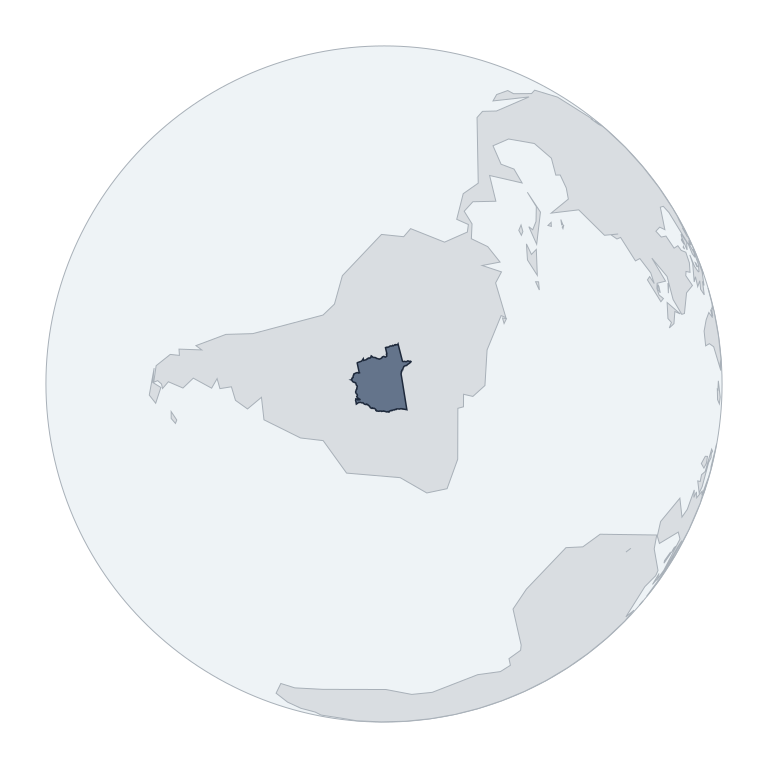 globe centered on Mato Grosso, rotated 77°
{"feature_id": "BRA-602", "entity_name": "Mato Grosso", "entity_type": "State", "adm_level": 1, "iso_a3": "BRA", "parent_name": "Brazil", "parent_adm1": "", "projection": "orthographic", "projection_center": [-55.436, -12.685], "detail": "fine", "context": "on_globe", "style": "filled", "palette": "slate", "viewbox_px": 768, "rotation_deg": 77, "n_neighbors": 0, "source": "natural_earth", "source_scale": "10m", "svg_char_len": 11071}
<svg xmlns="http://www.w3.org/2000/svg" viewBox="0 0 768 768"><g transform="rotate(77 384 384)"><circle cx="384" cy="384" r="338" fill="#eef3f6" stroke="#a8b0b8"/><path d="M278.9,62.8L279.6,62.7L286.1,60.6L291.5,59.5L301.0,57.0L299.0,58.2L308.4,55.4L308.4,55.0L312.6,53.9L318.2,52.7L316.6,53.5L313.5,54.2L315.9,53.9L312.7,55.0L317.5,53.9L314.8,55.7L325.7,52.4L330.5,52.6L326.5,54.3L316.1,56.1L281.0,67.8L273.7,71.9L273.9,75.0L296.8,75.6L293.2,80.1L296.3,84.7L303.2,80.8L303.3,76.0L316.9,70.8L315.4,66.6L320.7,64.3L323.5,60.3L334.6,59.2L344.0,60.7L342.3,64.4L346.3,65.6L357.4,61.3L363.2,68.7L382.9,75.4L383.1,78.2L366.7,83.3L342.9,84.0L321.6,94.7L347.1,86.5L347.3,95.2L352.2,96.6L359.1,96.0L363.6,92.5L366.1,95.7L341.8,103.9L339.1,101.0L346.9,98.1L335.7,99.1L319.3,106.5L320.6,111.3L294.4,120.5L295.1,124.4L289.7,129.3L290.5,122.1L288.7,135.7L258.1,155.1L255.1,182.7L245.3,162.8L234.0,162.3L220.0,165.3L219.1,169.6L201.7,170.1L183.5,183.4L173.3,207.5L176.4,224.2L196.2,220.5L203.8,209.0L219.2,204.2L204.6,234.2L231.1,233.9L226.4,256.4L233.7,267.0L247.8,262.2L262.1,266.2L273.5,252.0L291.3,243.5L290.6,261.7L301.2,244.3L310.6,252.5L346.7,250.3L343.7,254.5L374.0,275.9L408.2,286.0L416.1,300.2L411.9,308.8L424.1,311.7L424.3,317.5L473.9,329.1L500.2,346.1L499.8,366.8L478.9,389.3L462.4,440.5L425.5,456.0L417.8,477.5L391.9,509.0L369.4,506.4L377.6,522.6L366.5,532.4L352.4,533.3L351.6,544.9L341.2,545.4L349.3,552.9L335.4,568.5L342.7,580.8L333.3,593.6L338.6,600.8L333.9,600.8L329.8,603.8L330.5,608.0L314.9,601.9L307.1,585.6L310.1,576.9L303.9,575.9L309.8,553.9L304.3,558.6L300.1,526.9L305.4,500.5L303.1,427.9L295.0,414.3L269.1,400.2L237.7,352.8L244.9,331.7L238.6,323.1L259.4,293.1L254.7,268.6L247.6,265.9L239.9,276.1L216.4,264.0L209.5,247.0L145.3,233.4L140.5,226.7L143.3,213.0L136.9,178.1L132.7,214.1L127.3,209.1L125.9,197.4L130.3,192.5L134.2,174.9L131.6,171.1L143.5,150.4L173.3,120.8L172.0,122.9L179.3,116.5L181.4,113.9L181.0,113.9L186.1,110.1L207.8,95.6L230.7,82.9L254.4,71.9L278.9,62.8ZM251.7,192.9L282.2,203.8L263.3,207.5L267.2,204.4L259.8,199.3L245.5,195.7L229.4,201.2L251.7,192.9ZM268.9,175.1L263.5,174.7L269.0,173.9L268.9,175.1ZM179.7,114.8L180.7,114.4L176.3,118.7L174.7,119.3L179.7,114.8ZM317.2,61.3L320.2,60.8L318.1,61.8L317.2,61.3ZM315.5,60.2L310.8,61.8L309.3,61.6L312.2,60.6L315.5,60.2ZM321.6,58.5L307.2,61.0L304.7,60.8L313.6,57.2L321.6,58.5ZM306.0,55.4L306.2,55.8L300.9,56.7L306.0,55.4ZM303.9,55.7L301.6,56.4L287.0,60.3L303.9,55.7ZM317.1,52.8L313.8,53.5L309.1,54.5L310.1,54.3L317.1,52.8ZM326.9,50.9L330.0,50.4L318.6,52.6L319.5,52.3L323.5,51.5L326.9,50.9ZM348.5,48.5L342.8,49.1L343.3,48.8L348.5,48.5ZM345.0,48.3L347.8,48.0L347.7,48.1L335.9,49.5L345.0,48.3ZM342.0,615.2L316.8,604.4L330.4,609.0L337.2,602.2L351.4,610.8L342.0,615.2ZM363.0,597.6L372.5,594.0L375.5,596.1L369.7,599.1L363.0,597.6ZM636.6,159.5L636.3,159.2L647.0,171.9L649.9,175.8L632.9,156.2L627.6,150.2L603.6,129.0L609.1,134.7L632.1,155.6L629.0,153.0L636.6,162.6L628.4,153.2L601.7,130.5L594.5,130.6L601.3,151.5L593.7,151.9L580.2,145.4L561.8,121.4L580.7,123.6L574.4,116.7L557.0,105.5L564.2,107.6L559.4,103.8L565.2,104.9L560.0,98.2L563.9,99.3L548.9,89.5L548.8,89.1L557.7,94.7L565.9,99.8L571.1,102.6L594.5,119.7L616.4,138.7L636.6,159.5ZM562.5,97.1L540.6,84.6L538.2,84.0L522.1,75.8L516.9,73.3L540.2,84.3L562.5,97.1ZM706.0,486.4L702.0,495.9L692.4,519.8L688.2,524.8L681.3,537.9L672.3,549.5L661.0,558.7L652.6,551.9L660.0,539.3L667.8,512.2L682.1,450.9L692.7,426.8L695.3,406.4L688.3,358.1L690.4,335.3L686.5,324.1L679.7,324.0L674.2,310.8L669.3,309.1L632.3,308.9L615.9,291.4L584.4,243.5L587.4,226.9L579.0,207.2L592.5,152.2L605.4,157.8L627.4,159.0L631.9,162.4L640.1,175.4L665.3,200.7L660.6,191.2L669.2,202.8L681.7,224.1L692.5,246.1L701.7,268.9L709.3,292.4L715.1,316.3L719.1,340.5L721.4,365.0L721.9,389.6L720.6,414.2L717.5,438.6L712.6,462.7L706.0,486.4ZM599.6,180.4L602.1,185.9L602.1,186.0L599.6,180.4ZM347.9,250.0L352.1,253.4L346.3,253.7L347.9,250.0ZM259.9,214.7L266.7,214.4L270.0,216.7L264.6,218.1L259.9,214.7ZM319.2,210.4L327.4,211.5L318.5,213.3L319.2,210.4ZM287.1,205.3L312.6,210.2L295.4,216.3L279.5,213.7L290.9,211.2L287.1,205.3ZM264.1,184.8L268.1,185.5L266.4,188.6L264.1,184.8ZM272.9,174.7L271.2,175.1L269.5,173.0L272.9,174.7ZM348.7,94.7L350.7,94.2L357.3,94.3L353.6,95.8L348.7,94.7ZM390.4,87.9L393.6,93.4L388.7,90.1L384.1,92.6L368.3,89.8L382.4,79.5L378.8,84.3L390.4,87.9ZM351.0,84.4L359.5,86.5L349.6,84.7L351.0,84.4ZM527.3,85.1L533.6,87.6L537.9,91.2L532.9,92.7L526.7,87.2L527.3,85.1ZM541.6,90.8L521.2,79.4L523.4,79.0L525.6,80.9L529.2,81.8L533.6,85.4L555.8,97.2L561.0,101.4L549.0,100.1L550.1,97.8L543.8,95.0L541.6,90.8ZM464.9,60.0L456.1,57.5L472.4,59.4L478.8,61.7L474.3,62.5L464.1,60.4L464.9,60.0ZM340.1,52.8L335.7,53.5L336.2,53.0L340.3,52.0L340.1,52.8ZM345.8,48.8L360.0,50.0L355.6,50.6L369.2,51.9L362.9,54.2L354.4,53.1L359.7,56.4L349.5,56.4L354.4,58.8L336.0,56.1L327.0,57.0L339.4,54.9L345.4,52.5L345.3,51.8L338.2,50.8L321.9,52.6L325.2,51.4L331.9,50.2L336.3,49.6L332.8,50.3L341.3,49.0L339.5,49.7L345.8,48.8ZM436.8,50.2L437.8,50.4L435.3,50.1L440.5,51.1L436.3,50.5L446.1,52.5L437.6,51.0L439.6,51.8L446.7,52.8L421.8,54.4L417.9,57.9L419.2,62.0L404.5,60.2L394.0,55.7L387.4,51.4L393.2,49.0L385.5,49.1L386.1,48.3L391.9,48.5L383.3,47.7L385.3,47.2L379.4,46.3L365.6,46.6L363.5,46.7L388.0,46.1L412.5,47.3L436.8,50.2ZM630.5,158.6L632.8,160.1L634.9,161.0L639.7,167.5L630.5,158.6ZM612.6,143.0L613.7,142.9L621.6,151.5L619.2,150.4L612.6,143.0ZM607.6,136.0L613.2,142.2L608.8,138.2L607.6,136.0ZM558.1,94.7L558.5,94.7L561.1,96.3L564.0,98.3L558.1,94.7ZM657.0,184.9L654.7,182.0L653.5,180.2L656.5,184.2L657.0,184.9Z" fill="#d9dde1" stroke="#a8b0b8" stroke-width="1"/><path d="M366.9,405.6L357.5,405.4L357.3,405.3L357.2,405.1L356.7,400.9L356.7,400.7L355.0,398.8L354.7,398.5L356.5,398.5L356.5,398.4L356.3,395.7L356.0,395.4L355.9,395.2L356.0,395.2L356.0,394.9L355.8,394.5L355.7,394.0L355.4,393.8L355.3,393.7L355.3,393.2L355.2,393.0L355.3,392.6L355.5,392.5L355.7,391.9L355.6,391.7L355.4,391.5L355.3,391.4L355.2,390.8L354.6,390.7L354.2,390.4L353.7,390.1L354.1,389.7L355.1,389.0L355.5,388.8L355.7,388.6L355.8,387.7L356.3,386.8L356.3,386.4L356.7,385.9L356.9,385.8L357.3,385.7L357.5,385.4L357.8,384.4L358.3,383.8L358.8,382.6L358.7,382.5L358.5,382.1L358.4,381.7L358.4,380.9L358.1,380.5L357.8,379.7L357.6,379.6L357.4,379.7L357.2,379.3L357.2,379.0L357.1,378.7L357.0,378.2L357.1,377.8L357.6,377.4L357.7,377.2L357.8,376.9L358.1,376.7L357.9,375.9L357.8,375.5L357.6,375.1L357.2,375.0L356.8,374.9L356.5,375.0L356.2,374.9L355.9,374.8L355.5,375.0L355.1,374.7L355.1,374.4L349.1,374.4L348.9,374.4L348.8,374.2L348.9,373.7L348.8,373.2L349.0,373.2L349.1,372.8L349.1,372.7L348.9,372.6L349.1,371.1L348.8,370.7L348.5,370.1L348.5,369.7L348.4,369.4L348.4,368.9L348.7,368.5L348.6,368.2L348.7,367.8L348.6,367.2L348.4,367.0L348.7,366.8L348.9,366.4L348.7,366.0L348.5,365.4L348.5,365.1L348.4,364.9L348.2,364.7L348.2,364.3L348.2,364.1L348.6,364.0L348.6,363.9L348.4,363.5L348.4,363.3L348.6,362.7L348.8,362.1L348.7,361.8L348.1,361.3L365.9,360.9L366.3,360.6L366.4,360.2L366.6,359.7L366.5,359.0L366.7,358.7L366.9,358.2L367.1,357.9L367.1,357.7L367.3,357.1L367.1,356.5L366.8,355.8L366.8,355.4L367.0,355.2L367.3,354.9L367.4,354.6L367.7,354.3L367.8,354.0L367.7,353.6L367.7,353.1L368.2,352.6L368.7,353.0L369.1,353.7L369.4,354.3L369.6,354.7L369.7,355.1L370.0,355.7L370.0,356.1L370.2,356.4L370.3,356.7L370.6,357.1L370.7,357.3L371.1,357.7L371.1,357.8L371.0,358.4L371.0,358.8L370.9,359.1L371.1,359.4L371.1,359.7L371.1,360.0L371.3,360.3L371.4,360.8L371.5,360.9L372.1,361.1L372.7,361.6L372.8,361.8L373.1,362.0L374.4,362.6L374.4,362.8L374.5,363.0L374.5,363.5L374.8,363.7L375.3,363.7L375.8,363.9L376.0,364.1L376.1,364.5L376.8,364.5L377.0,364.6L377.3,364.7L377.5,364.9L378.0,365.1L386.0,365.6L408.0,367.1L414.2,367.5L413.9,368.0L413.8,368.6L413.4,369.0L413.2,369.3L413.3,369.7L413.1,370.2L413.0,370.5L412.6,370.9L412.6,371.3L412.4,371.5L412.5,371.7L412.4,371.8L412.3,372.0L412.2,372.0L412.0,372.3L412.1,372.6L412.1,372.9L412.0,373.1L411.8,373.3L411.9,373.6L411.8,373.9L411.9,374.7L411.9,374.8L411.7,374.9L411.6,375.2L411.5,375.8L411.4,376.1L411.1,377.1L411.1,377.3L411.3,377.6L411.6,377.8L411.6,378.2L411.3,378.5L411.2,378.7L411.3,378.9L411.4,379.4L411.6,379.6L411.5,379.8L411.5,380.0L411.4,380.2L411.4,380.5L411.4,381.3L411.6,381.6L411.7,381.8L411.7,382.0L411.7,382.8L411.6,383.2L411.5,383.5L411.5,383.8L411.4,383.7L411.4,383.8L411.6,384.1L411.8,385.0L412.0,385.0L412.4,385.2L412.5,385.4L412.3,385.9L412.3,386.0L412.0,386.2L412.0,386.3L411.8,386.5L411.9,386.8L411.8,387.3L411.9,387.5L411.7,387.9L411.4,388.3L411.3,388.7L410.8,389.2L410.7,389.7L410.6,390.1L410.4,390.2L410.2,390.3L410.2,390.9L410.3,391.2L410.2,391.5L410.1,391.8L410.2,392.2L410.2,392.4L410.2,392.5L409.8,392.7L409.8,392.9L409.6,393.4L409.5,393.7L409.5,393.9L409.3,394.3L409.5,394.9L409.4,395.2L409.4,395.3L409.2,395.7L409.1,395.8L408.9,396.3L408.9,396.7L408.7,396.8L408.7,397.2L408.5,397.3L408.3,397.6L407.9,397.9L407.7,397.9L407.5,397.7L407.4,397.6L406.9,397.8L406.7,398.0L406.3,398.2L406.0,398.6L405.8,398.7L405.5,398.9L405.5,399.0L405.5,399.4L405.4,399.5L405.4,400.0L405.2,400.2L405.2,400.6L404.9,400.9L404.9,401.0L404.7,400.9L404.7,401.0L404.8,401.2L404.8,401.4L404.5,402.0L404.3,402.3L404.2,402.5L403.7,402.5L403.3,402.9L402.6,403.0L402.2,403.1L401.7,403.6L401.6,403.9L401.4,403.9L401.0,404.1L400.9,404.3L400.4,404.5L400.4,405.0L399.8,405.2L399.6,405.4L399.6,405.8L399.9,406.1L399.8,406.7L399.5,407.1L399.4,407.4L398.8,408.0L398.0,408.4L397.6,408.7L397.7,408.8L397.5,409.4L397.5,409.7L397.4,409.9L397.3,410.0L397.0,410.4L396.8,410.8L396.6,411.0L396.6,411.6L396.5,411.9L396.5,412.4L396.4,412.5L396.3,413.0L396.4,413.3L396.9,414.1L397.1,414.7L397.4,415.5L396.8,415.5L396.0,415.3L395.3,415.3L395.2,415.4L394.3,415.3L393.6,415.4L393.4,415.3L392.8,415.0L392.4,414.9L392.2,414.9L392.1,414.7L392.5,414.2L392.7,413.8L392.8,413.6L393.4,413.3L393.5,413.3L393.7,412.4L393.7,412.0L393.9,411.3L393.9,411.0L393.8,410.9L393.4,411.0L393.1,411.3L392.9,411.6L392.4,412.1L391.8,412.5L391.6,412.9L391.3,413.1L391.0,413.1L390.7,413.2L390.2,413.4L389.9,413.4L389.7,412.8L389.1,412.5L388.7,412.4L388.2,412.5L387.8,412.6L387.7,412.7L387.5,413.0L386.9,413.3L386.6,413.3L386.0,413.4L385.4,413.5L384.8,413.1L384.5,412.9L383.4,412.4L383.2,412.1L383.1,411.8L382.9,411.7L382.5,411.5L382.3,411.6L382.0,411.5L381.7,411.2L380.9,411.0L380.7,410.7L380.2,410.5L379.5,410.7L379.0,411.1L378.8,411.1L378.5,411.3L378.3,411.3L378.0,411.2L377.1,411.3L376.6,411.3L376.4,411.4L376.3,411.7L376.1,411.8L376.0,412.3L375.8,412.6L375.3,412.9L375.3,413.3L374.7,413.9L374.5,414.1L374.1,414.1L373.8,414.3L372.9,414.5L372.6,415.0L372.6,414.7L372.4,414.6L371.8,414.3L371.8,414.0L371.7,413.8L371.2,413.8L370.9,413.6L370.8,412.7L370.6,412.5L370.4,412.5L370.1,412.5L369.9,412.5L369.5,412.4L369.3,412.2L369.0,412.1L368.7,411.8L368.4,411.7L368.3,411.4L368.1,411.4L367.9,411.2L367.6,411.2L367.4,411.1L367.3,410.9L367.3,410.2L367.1,409.8L367.1,409.4L367.0,409.2L366.9,408.9L367.0,408.6L366.8,407.7L366.9,407.3L367.5,406.6L367.6,406.4L367.4,406.2L367.5,406.1L367.6,405.9L367.6,405.3L367.3,405.3L367.1,405.5L366.9,405.6Z" fill="#64748b" stroke="#1e293b" stroke-width="1.5"/></g></svg>